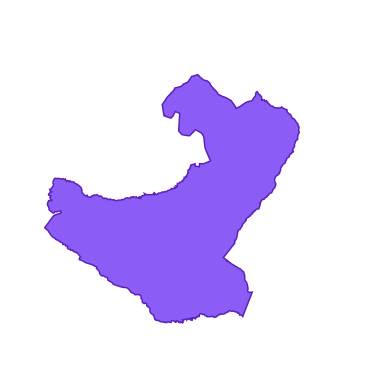 Kapiri Mposhi, Central, Zambia (Albers equal-area conic projection), rotated 128°
{"feature_id": "96606910B40769326482894", "entity_name": "Kapiri Mposhi", "entity_type": "district", "adm_level": 2, "iso_a3": "ZMB", "parent_name": "Zambia", "parent_adm1": "Central", "projection": "albers", "projection_center": [28.625, -14.196], "detail": "fine", "context": "isolated", "style": "filled", "palette": "violet", "viewbox_px": 384, "rotation_deg": 128, "n_neighbors": 0, "source": "geoboundaries", "source_scale": "gbopen_adm2", "svg_char_len": 6062}
<svg xmlns="http://www.w3.org/2000/svg" viewBox="0 0 384 384"><g transform="rotate(128 192 192)"><path d="M141.5,269.2L149.2,261.0L146.8,254.1L144.0,253.7L138.9,254.7L137.6,250.1L152.1,240.1L153.0,235.2L149.8,229.3L148.9,228.5L140.7,227.6L139.7,220.5L141.2,216.7L148.1,210.1L150.1,207.5L156.1,196.6L162.3,200.0L165.0,203.5L167.5,201.7L169.7,205.5L167.9,206.9L171.6,209.6L174.6,208.0L174.7,208.3L175.9,208.1L177.2,208.6L179.0,207.4L179.3,206.7L182.1,206.4L183.6,205.8L183.8,206.5L185.5,206.6L185.5,207.0L186.8,206.3L188.1,206.5L189.2,205.9L189.3,206.5L191.1,206.8L191.5,207.5L192.6,207.4L194.3,208.7L194.7,208.2L196.0,208.0L196.8,206.9L197.2,207.1L197.3,208.2L198.0,207.3L199.1,207.3L199.4,207.6L199.1,208.8L200.1,208.4L201.1,208.8L201.9,210.5L203.2,210.1L205.7,211.9L207.6,212.4L208.1,213.5L208.9,213.8L210.6,215.6L212.0,216.0L213.6,217.8L214.5,217.7L215.7,218.3L216.0,219.2L215.9,221.5L216.5,221.4L216.9,219.9L217.5,220.0L218.4,221.9L219.4,222.4L220.4,224.3L221.8,225.2L222.5,228.5L223.1,227.3L225.1,228.2L225.4,229.0L226.7,228.9L227.6,229.6L228.0,228.8L229.0,228.7L229.7,230.2L229.4,230.5L228.8,229.8L228.3,230.6L229.8,231.0L230.5,231.8L230.1,232.9L231.0,233.3L231.7,235.2L232.3,235.7L232.9,235.7L233.5,237.0L235.2,236.9L236.3,239.3L237.6,240.5L240.7,241.6L241.0,242.6L242.3,243.1L243.6,244.9L245.5,246.2L246.5,249.4L247.4,249.9L248.0,252.3L249.5,253.0L249.4,254.9L250.1,255.5L250.2,256.6L251.6,257.5L251.2,260.9L251.5,261.8L252.7,262.7L252.6,265.3L253.8,266.0L254.7,267.4L256.0,267.8L257.1,268.7L258.5,268.6L259.9,271.0L259.1,272.6L260.7,273.6L260.8,274.7L260.0,278.7L257.8,280.3L256.7,282.8L256.5,286.9L257.2,289.3L256.8,291.3L257.7,292.3L258.7,295.4L259.6,295.3L259.4,296.9L260.8,297.5L260.3,298.2L260.6,299.2L259.9,299.8L260.5,300.0L260.8,301.8L262.8,303.6L263.1,305.2L264.5,306.6L265.4,308.3L266.4,308.6L268.6,308.2L270.3,307.2L272.1,305.2L276.5,305.0L277.4,305.7L277.7,304.9L278.6,304.5L278.3,302.8L280.4,303.6L281.8,303.7L282.5,303.3L282.6,301.9L281.9,301.0L284.0,300.4L284.6,299.4L284.8,297.6L285.2,297.3L287.1,299.7L290.3,298.7L291.0,298.1L292.7,294.8L294.1,293.5L294.2,288.7L293.2,287.8L291.7,287.7L291.1,286.6L288.2,284.4L287.8,283.5L289.3,282.4L294.9,286.1L296.9,286.5L310.9,286.0L311.1,281.6L312.7,277.2L313.3,273.7L312.9,271.5L313.2,270.4L313.1,269.2L312.7,268.9L312.3,264.1L311.8,262.7L312.8,261.5L311.7,259.8L311.5,259.0L312.3,258.4L311.6,257.7L311.4,256.9L311.8,256.1L312.7,255.9L312.5,255.4L313.1,254.8L312.2,252.7L312.7,251.9L311.4,250.8L311.6,250.5L311.3,250.1L311.8,249.1L311.3,246.7L310.9,246.5L311.1,245.9L310.6,245.4L311.8,239.7L313.1,240.1L314.7,239.2L313.6,236.4L313.2,232.5L310.7,225.8L309.8,220.7L311.1,220.2L311.4,216.8L313.3,214.1L313.7,212.0L313.5,211.2L312.7,210.7L311.8,205.7L313.3,203.8L312.5,198.7L313.2,197.2L310.0,188.4L307.5,184.3L307.7,181.2L308.6,178.6L307.7,174.7L308.1,173.8L305.2,170.2L305.5,168.2L306.3,167.0L307.3,166.6L307.5,164.9L309.7,163.0L309.2,161.6L309.4,161.0L308.2,160.1L308.0,158.9L309.6,157.4L309.4,154.6L310.1,152.9L311.7,151.9L312.8,150.2L312.8,146.3L315.2,142.8L315.3,141.8L314.0,139.2L313.4,136.3L312.3,135.4L312.0,133.8L311.2,133.2L310.8,131.7L308.7,130.9L308.6,129.8L307.7,128.2L305.7,128.7L304.7,126.7L304.9,125.6L304.6,124.5L304.1,124.4L303.8,125.3L302.2,123.7L302.8,122.5L302.5,121.2L302.0,120.8L301.5,121.1L300.8,119.9L301.1,119.0L300.3,118.8L299.5,119.7L298.9,119.4L298.5,120.5L298.3,120.1L295.9,118.6L295.6,118.0L296.1,117.2L294.7,117.4L294.1,116.2L293.2,116.1L293.1,115.6L293.8,114.5L292.9,112.9L291.8,113.4L292.4,114.5L291.5,115.0L290.4,113.8L290.1,112.7L289.4,112.4L290.0,111.8L289.9,111.3L289.0,111.6L288.0,111.0L287.1,111.2L286.8,110.7L287.1,110.3L286.0,110.8L285.5,109.6L284.4,110.6L282.9,110.5L282.0,109.6L282.0,108.1L281.0,107.1L281.3,105.4L280.7,104.7L281.0,103.8L280.7,102.9L277.0,98.7L277.2,97.5L276.7,97.5L276.0,96.2L272.3,95.3L271.6,94.4L270.6,94.6L269.6,92.8L267.7,91.2L267.0,91.3L266.3,90.7L264.5,90.2L264.0,89.5L263.4,89.7L262.1,89.1L261.6,87.3L260.2,86.0L260.1,84.9L258.7,82.0L258.7,81.3L259.2,81.2L258.7,80.5L258.9,79.4L259.7,78.8L258.7,77.7L258.8,77.0L258.4,76.3L258.8,75.4L233.8,82.9L235.8,84.8L235.9,87.3L233.5,88.5L231.1,91.2L229.6,93.5L229.0,96.1L225.4,99.0L223.1,102.3L223.3,103.9L222.9,105.9L224.3,116.6L224.3,121.1L224.9,121.1L224.9,122.3L224.3,122.3L224.4,126.9L206.1,126.8L203.7,128.5L203.4,128.0L200.8,128.4L195.4,131.3L193.3,131.8L191.6,131.1L191.1,131.4L187.4,131.6L186.2,132.3L181.5,131.9L181.3,132.3L180.5,132.1L180.3,132.5L179.4,132.7L178.1,132.6L176.8,131.8L175.7,131.9L175.0,131.4L174.6,131.7L172.4,131.1L171.0,131.4L170.3,131.0L169.9,131.4L169.4,131.1L168.6,131.5L167.7,130.6L165.9,130.8L164.5,129.2L163.8,129.0L159.4,130.8L158.6,131.5L158.8,131.9L157.6,131.5L155.5,132.2L153.1,130.7L152.2,130.9L149.3,130.0L148.6,130.4L147.6,129.9L145.1,130.0L143.6,128.8L139.7,129.7L137.9,129.5L134.7,130.4L133.6,131.5L133.2,132.8L131.5,134.5L129.3,135.5L127.5,135.5L125.7,134.8L123.1,134.6L122.7,135.2L120.9,135.3L118.6,136.8L114.1,137.2L112.0,136.5L110.4,136.9L109.9,137.6L108.7,137.3L107.0,138.1L104.5,137.1L103.8,137.6L101.1,137.9L100.4,137.2L98.9,137.7L98.5,136.9L97.7,136.9L97.0,138.5L95.9,138.9L92.8,139.3L92.0,140.2L87.8,141.9L87.3,141.4L85.6,141.2L82.2,143.5L78.9,144.2L78.6,145.0L77.6,146.0L74.7,147.8L74.3,149.3L73.2,150.4L72.6,153.4L71.9,154.7L71.9,156.2L71.5,156.7L72.1,158.6L70.5,161.4L70.3,162.7L70.7,163.1L70.2,166.9L69.0,167.3L68.7,168.1L69.6,169.7L69.5,170.9L70.1,172.3L69.7,173.7L71.5,174.2L74.5,178.4L75.0,179.9L74.6,181.3L75.5,182.3L75.0,187.3L74.5,187.8L75.1,188.8L74.2,189.6L75.6,190.6L74.9,191.6L75.6,192.4L75.7,193.4L76.5,193.2L76.8,193.6L73.9,196.1L74.1,197.4L73.6,198.2L73.9,199.1L72.8,202.5L74.0,202.9L77.4,201.1L79.7,201.3L83.4,200.9L85.2,202.7L88.0,204.5L95.7,207.1L99.1,208.9L97.9,210.6L95.9,217.6L96.8,223.5L98.1,227.4L98.9,231.9L98.0,233.5L96.7,241.8L95.1,245.7L95.1,248.5L96.5,251.5L96.6,252.5L96.6,255.6L95.9,259.6L101.2,263.4L107.9,262.9L112.2,265.2L115.3,265.4L120.6,269.5L122.2,269.0L123.7,269.2L124.8,268.9L126.4,269.5L128.2,269.2L129.1,269.6L132.9,269.9L141.5,269.2Z" fill="#8b5cf6" stroke="#5b21b6" stroke-width="1.5"/></g></svg>